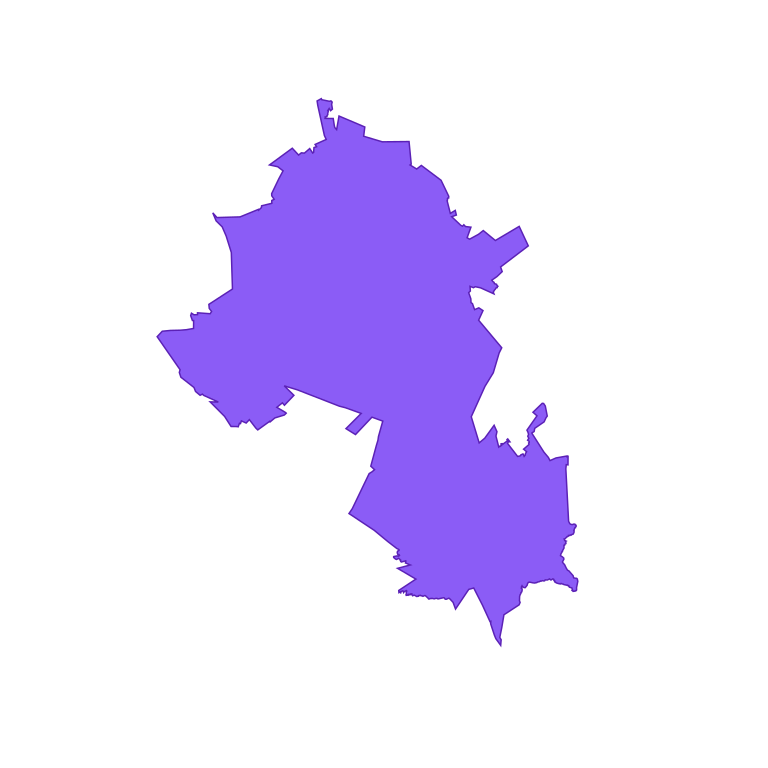 Canatlán, Durango, Mexico, rotated 246°
{"feature_id": "50627088B7187015857407", "entity_name": "Canatlán", "entity_type": "district", "adm_level": 2, "iso_a3": "MEX", "parent_name": "Mexico", "parent_adm1": "Durango", "projection": "orthographic", "projection_center": [-105.2, 24.53], "detail": "fine", "context": "isolated", "style": "filled", "palette": "violet", "viewbox_px": 768, "rotation_deg": 246, "n_neighbors": 0, "source": "geoboundaries", "source_scale": "gbopen_adm2", "svg_char_len": 6158}
<svg xmlns="http://www.w3.org/2000/svg" viewBox="0 0 768 768"><g transform="rotate(246 384 384)"><path d="M228.5,328.8L227.0,330.1L226.2,330.3L225.8,329.7L225.8,328.5L225.0,327.7L224.3,327.4L222.7,327.3L221.9,328.4L221.2,328.5L220.8,327.4L221.7,325.8L222.4,322.7L222.1,322.4L221.5,322.3L219.4,323.3L218.6,324.1L218.8,326.4L217.1,327.3L216.3,327.1L216.2,327.5L215.0,327.1L214.3,327.5L213.6,331.9L212.7,331.6L211.8,330.8L208.0,334.4L210.1,321.4L192.8,333.8L189.4,313.5L187.4,312.8L187.6,314.1L186.7,314.1L186.4,314.3L187.4,315.3L187.5,316.7L187.2,317.2L185.5,317.1L186.1,318.1L186.2,320.4L185.6,320.6L184.3,319.4L182.8,319.1L182.6,318.4L181.9,318.3L181.5,319.5L181.5,320.1L181.9,320.7L181.7,321.0L181.1,320.9L181.2,321.7L180.9,322.3L181.4,322.5L181.4,322.8L181.2,323.0L181.1,323.8L180.9,324.1L180.2,323.7L178.9,324.0L178.9,325.4L178.6,326.0L176.6,327.4L176.1,329.2L176.6,329.4L176.6,329.7L176.1,331.4L175.4,331.7L175.0,332.6L174.2,333.2L174.2,335.1L173.8,335.7L170.6,337.1L169.5,337.3L169.2,337.7L169.2,339.1L168.8,339.7L168.7,340.6L167.3,342.5L167.1,344.0L166.6,345.3L165.7,345.9L164.5,351.6L164.0,352.1L162.7,352.3L162.3,352.7L162.0,353.5L162.0,355.8L161.6,356.5L156.4,358.3L149.3,357.8L161.9,377.9L161.1,383.0L141.8,384.0L123.7,384.2L123.7,385.0L121.5,383.9L109.7,382.7L105.8,382.6L97.8,384.3L102.7,387.0L105.4,386.7L113.4,392.4L124.4,399.7L127.3,417.6L129.1,419.5L130.9,419.6L134.8,421.5L136.3,422.8L136.9,423.8L137.8,424.3L138.0,425.2L138.3,425.5L139.7,426.5L140.9,426.8L141.5,426.4L142.2,427.3L142.7,427.0L143.5,428.0L142.5,428.1L141.0,429.2L140.5,430.2L142.0,433.0L143.1,433.8L144.0,435.1L143.8,436.4L141.8,439.1L140.8,440.9L140.7,442.2L140.4,442.6L140.6,443.7L140.2,445.6L140.4,446.9L140.0,447.2L139.9,448.8L139.0,450.0L138.9,450.8L139.5,451.6L138.5,453.5L138.6,456.0L137.3,456.5L137.0,457.0L137.3,459.0L136.4,459.7L135.3,459.3L134.8,459.9L133.8,459.5L133.4,460.0L132.9,460.0L132.6,460.5L131.9,460.8L130.4,462.6L130.3,463.0L129.6,463.6L129.8,464.5L129.4,465.1L129.0,465.2L128.2,466.4L127.4,466.9L127.0,467.7L126.1,468.7L125.9,469.5L125.3,469.6L125.0,470.4L124.2,470.8L124.0,470.6L123.8,470.8L123.0,470.7L121.2,472.7L119.3,472.4L119.1,471.8L118.6,472.0L118.8,472.5L117.6,472.5L117.1,474.3L117.4,474.7L117.0,475.1L117.1,475.6L117.5,476.2L119.7,477.1L124.9,480.8L127.3,481.3L128.2,480.9L128.4,480.3L129.8,478.4L131.9,478.8L138.1,476.9L139.3,475.9L141.8,475.6L145.5,475.5L148.4,474.6L148.9,474.7L150.7,477.0L151.9,477.4L153.7,476.6L155.4,475.4L157.0,476.7L157.9,478.1L158.3,478.2L158.8,479.3L159.2,479.4L160.9,481.7L163.5,482.8L163.3,483.5L164.1,484.1L164.2,485.2L164.6,485.5L166.3,485.8L166.4,486.5L167.6,485.4L169.2,485.6L169.0,486.5L170.1,489.2L169.9,489.3L170.1,490.8L170.6,491.0L170.2,491.7L170.3,492.0L170.0,492.3L170.2,493.2L169.8,493.7L170.1,494.3L169.9,495.7L171.0,497.1L172.6,498.0L172.9,497.8L174.7,499.5L175.1,500.0L174.9,500.5L175.5,500.9L175.8,501.6L176.8,502.0L177.1,501.5L178.1,501.5L178.8,500.6L179.0,498.7L180.1,497.3L181.1,496.9L183.5,496.8L232.5,515.6L236.2,517.7L235.3,519.2L243.0,522.7L243.2,521.6L243.8,521.9L246.5,511.0L246.5,504.5L250.1,504.3L256.7,502.4L278.7,499.1L279.2,499.3L279.5,501.8L282.2,503.7L284.3,514.9L287.2,518.2L288.3,520.1L298.3,522.4L301.3,521.9L302.0,520.7L297.6,508.6L292.7,510.8L283.7,495.8L281.6,495.9L279.2,495.6L277.8,494.1L275.5,494.2L274.2,492.3L272.6,493.3L271.5,492.9L271.3,492.1L270.2,492.0L269.7,491.7L267.7,485.0L264.1,486.7L262.9,484.9L261.7,484.2L260.9,482.6L263.0,482.7L263.6,482.5L263.6,480.2L263.1,479.6L263.0,478.8L263.5,476.6L279.5,472.7L280.6,474.0L280.0,475.5L283.5,474.7L283.2,473.7L281.9,473.7L280.7,468.2L281.3,468.0L281.8,466.7L281.1,466.4L281.0,466.8L280.1,466.5L280.3,465.9L280.0,465.8L279.7,464.4L280.3,464.0L280.0,463.7L279.8,463.2L290.9,465.1L294.5,467.8L301.5,467.8L293.5,454.0L291.5,447.0L318.6,450.4L340.8,475.3L349.8,488.4L365.5,501.8L369.2,506.3L403.8,496.4L410.8,504.3L415.0,501.6L415.1,497.0L421.5,497.5L422.9,496.6L426.6,498.0L433.0,498.5L433.8,500.7L438.2,502.3L435.6,504.9L435.8,506.9L432.6,511.3L421.6,521.1L423.5,521.2L424.8,523.0L425.5,524.5L426.2,525.4L426.0,526.6L426.8,527.1L427.0,527.8L428.2,527.3L429.3,527.4L430.8,525.7L432.1,525.9L433.1,525.2L435.0,524.7L436.2,530.9L438.6,537.7L443.5,538.1L451.5,572.0L473.0,571.6L469.8,544.1L483.8,537.1L482.3,531.1L481.5,521.1L483.8,519.4L491.9,527.2L494.7,522.5L497.0,521.7L496.2,520.0L497.7,518.7L509.3,513.9L508.9,518.8L513.6,519.7L512.9,514.0L525.8,516.2L526.3,516.9L527.4,517.2L527.9,517.8L527.6,518.7L529.1,519.5L546.9,519.0L568.5,507.0L567.1,501.3L573.5,496.9L573.8,498.3L595.3,505.5L605.9,481.0L618.6,466.2L626.6,471.0L647.1,451.9L635.7,444.2L638.1,443.4L638.7,443.4L640.6,443.8L647.2,445.6L650.6,438.2L651.3,438.8L651.8,438.8L651.6,440.7L652.3,441.0L652.9,442.2L654.0,442.6L656.1,444.3L656.6,443.8L658.0,446.0L655.4,446.4L656.1,448.7L660.7,449.9L662.6,451.3L664.2,450.7L664.5,449.1L669.0,442.8L670.2,442.8L669.8,438.0L665.4,436.8L635.2,430.6L630.9,430.7L630.9,418.5L628.2,418.9L628.5,416.2L624.2,413.9L624.0,412.8L629.3,411.9L627.3,405.2L628.8,402.5L627.9,399.1L636.7,396.1L630.7,368.5L625.7,375.3L619.8,378.5L614.2,371.3L603.6,358.8L601.6,358.0L597.4,358.8L597.3,356.1L594.7,355.0L596.6,344.7L595.0,343.7L593.8,340.2L594.6,340.3L595.2,320.5L604.0,299.1L610.0,297.2L601.3,297.0L593.4,300.1L583.4,300.0L566.2,298.0L532.4,284.2L528.0,256.4L524.1,255.1L520.4,256.0L518.9,253.8L524.9,242.6L523.2,241.9L524.5,238.6L527.0,236.9L525.1,235.2L519.9,234.8L519.4,235.9L512.2,232.6L514.0,225.5L516.0,219.8L519.8,210.7L522.4,202.9L519.5,196.0L480.0,203.5L477.8,201.7L472.8,201.2L458.1,209.0L453.8,208.8L448.5,211.4L448.6,214.0L446.9,214.7L434.9,225.3L438.4,217.9L419.2,225.2L407.4,227.0L404.9,232.4L404.2,233.4L406.9,236.0L406.2,236.8L408.3,238.7L404.4,242.2L406.2,246.5L395.8,249.0L393.4,250.0L396.4,264.4L395.7,264.5L397.4,270.5L396.2,280.3L397.1,282.8L397.8,282.6L406.3,276.6L408.1,283.5L405.1,284.4L410.3,297.1L422.9,292.1L413.9,302.5L381.9,334.2L378.1,339.0L366.4,351.2L358.7,331.1L349.4,337.4L358.6,359.5L350.6,367.8L338.3,357.6L335.1,355.6L330.8,351.9L314.3,338.5L309.6,340.5L308.7,337.5L308.2,334.0L283.0,304.3L279.9,299.3L254.4,315.5L238.5,323.4L228.5,328.8Z" fill="#8b5cf6" stroke="#5b21b6" stroke-width="1.5"/></g></svg>